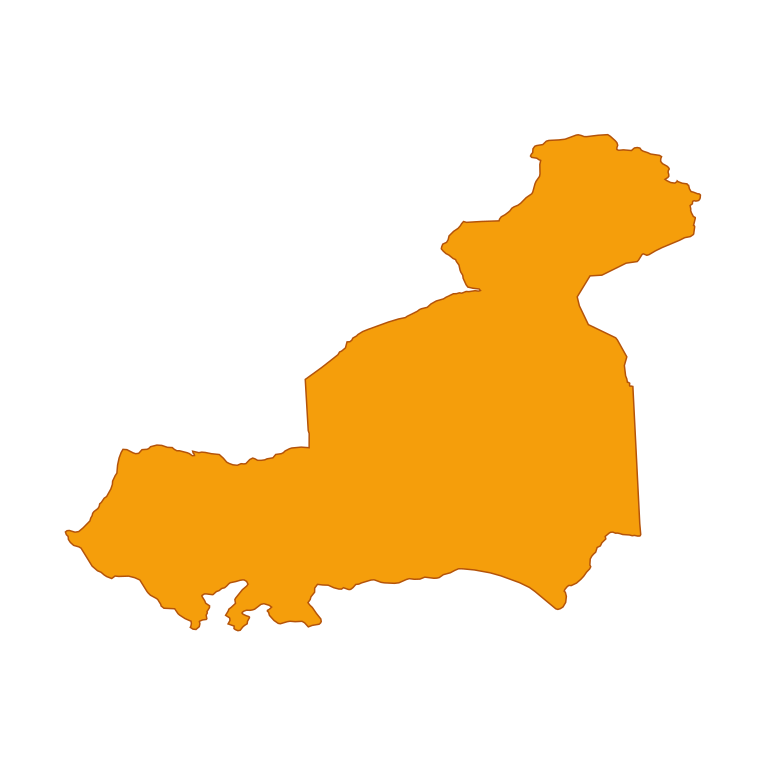 outline of Samburu West, Rift Valley, Kenya, rotated 267°
{"feature_id": "3690345B66699120795125", "entity_name": "Samburu West", "entity_type": "district", "adm_level": 2, "iso_a3": "KEN", "parent_name": "Kenya", "parent_adm1": "Rift Valley", "projection": "natural_earth1", "projection_center": [36.61, 1.09], "detail": "fine", "context": "isolated", "style": "filled", "palette": "amber", "viewbox_px": 768, "rotation_deg": 267, "n_neighbors": 0, "source": "geoboundaries", "source_scale": "gbopen_adm2", "svg_char_len": 6143}
<svg xmlns="http://www.w3.org/2000/svg" viewBox="0 0 768 768"><g transform="rotate(267 384 384)"><path d="M571.5,687.4L570.7,687.1L569.4,684.9L570.2,680.8L572.4,676.9L573.7,675.3L575.3,678.2L576.6,679.3L578.6,679.3L580.3,678.8L582.0,679.0L583.8,680.1L585.2,679.5L586.6,678.2L589.5,673.6L591.9,671.9L594.6,672.2L596.5,673.1L597.9,671.1L599.7,662.3L601.2,659.5L602.9,655.1L604.1,653.2L606.2,651.9L606.9,649.3L606.6,646.4L604.2,643.3L605.3,635.3L605.1,630.6L606.0,628.8L607.8,628.9L610.2,629.9L612.8,629.2L614.8,627.7L619.5,623.0L621.3,620.5L621.2,610.9L620.4,599.3L620.6,596.8L621.9,593.9L622.7,591.0L622.5,588.9L619.0,577.7L618.6,571.6L618.6,561.4L618.0,558.8L614.8,555.1L614.1,548.8L613.5,547.0L611.1,545.1L607.3,544.6L605.7,543.1L604.0,542.2L602.6,543.3L601.5,548.4L599.9,550.4L599.1,552.2L595.1,551.1L585.7,550.8L583.2,550.2L578.5,546.5L576.1,545.3L567.9,542.6L566.2,541.5L562.7,535.8L557.3,529.9L555.5,527.1L554.1,523.1L552.8,520.8L550.4,518.9L549.0,517.1L546.7,513.7L544.8,509.8L542.6,508.0L540.9,507.4L541.2,489.8L541.1,474.8L542.1,471.9L539.9,469.8L538.1,468.6L535.6,466.2L532.8,461.5L528.5,456.7L524.7,455.6L522.2,453.9L520.6,450.0L518.0,448.8L516.0,448.3L513.6,450.1L511.0,452.7L509.4,455.5L505.7,459.6L504.5,462.0L502.6,462.7L498.8,465.1L493.8,465.9L491.6,466.6L488.5,468.3L485.3,468.6L478.8,471.2L476.4,472.8L475.0,477.7L473.9,484.0L472.3,485.2L471.8,483.2L472.4,479.9L471.8,473.6L472.1,470.8L470.6,466.4L471.1,464.0L470.4,461.0L470.5,458.0L467.3,450.3L465.9,447.9L464.2,440.6L461.5,435.1L458.3,431.2L457.2,425.3L456.4,423.2L454.9,421.1L450.4,410.7L449.2,408.8L448.2,402.0L445.7,391.8L439.4,371.1L437.5,365.5L434.8,360.6L433.4,359.1L431.5,355.3L429.4,354.1L428.0,352.1L428.0,349.3L422.1,347.4L419.0,343.2L418.3,341.3L415.6,339.5L403.9,322.9L392.7,305.6L341.4,305.9L338.5,306.7L324.3,305.9L325.3,298.0L324.9,288.5L324.3,286.2L322.3,281.7L320.7,279.9L319.8,277.8L319.3,272.2L316.1,269.2L315.4,263.3L314.5,261.0L314.2,257.6L314.4,253.8L316.1,251.1L316.9,249.0L315.6,246.0L311.7,241.9L311.5,240.0L311.9,237.1L310.5,233.2L311.2,228.9L312.7,225.3L314.2,222.8L318.3,219.7L322.2,215.8L323.4,208.1L325.0,201.9L325.5,198.4L325.1,195.5L326.9,189.4L325.1,189.8L324.0,190.7L322.5,191.0L322.4,188.8L324.7,186.0L325.7,183.8L328.0,176.4L328.2,173.6L329.7,171.2L331.6,169.2L332.1,164.4L334.3,158.9L334.9,154.0L333.6,147.6L332.1,146.0L331.2,144.2L331.1,138.9L327.6,135.4L327.4,132.3L328.4,129.8L331.9,123.8L332.4,119.9L329.3,117.9L324.0,115.6L317.0,113.7L309.0,112.6L306.6,110.8L301.2,107.9L297.9,107.5L293.4,105.7L286.1,101.1L284.6,98.6L280.5,95.5L279.2,93.8L276.7,93.2L274.6,91.8L271.8,87.7L270.1,86.3L267.9,85.7L265.4,84.1L262.7,83.2L256.0,75.9L252.6,71.4L252.2,67.7L254.2,62.1L254.1,59.8L252.9,58.1L250.2,58.9L248.3,60.6L245.3,60.7L242.2,62.5L239.1,65.6L237.3,70.8L235.9,72.9L217.4,83.0L212.5,88.1L210.8,91.6L208.0,94.5L206.2,97.0L204.0,101.9L206.3,105.4L205.7,109.0L205.5,118.9L203.6,125.0L201.1,129.9L189.3,136.4L187.6,137.6L185.3,139.7L181.7,145.6L180.6,146.8L175.7,149.5L174.0,149.8L171.6,152.5L170.5,163.2L165.4,166.3L164.0,167.7L160.1,173.1L157.2,178.9L154.8,179.1L152.4,178.5L151.1,177.8L149.2,180.4L148.7,183.4L151.3,186.8L154.2,187.6L156.5,187.2L156.9,187.8L157.9,190.5L158.2,194.2L158.9,194.8L162.5,194.3L164.6,195.6L165.9,195.3L169.8,198.0L171.6,198.2L174.4,194.5L176.9,193.6L181.5,191.1L182.3,191.1L183.8,193.7L183.7,195.5L182.6,201.6L182.7,202.3L185.5,205.8L186.3,208.5L188.3,211.3L188.9,214.2L190.4,216.2L192.6,218.5L193.6,220.1L194.5,225.8L195.5,230.0L195.8,232.7L195.6,234.2L194.0,236.5L191.2,237.7L189.4,236.3L186.0,231.8L177.8,224.5L176.5,223.8L172.7,224.2L169.0,219.8L167.3,217.3L165.4,216.5L161.3,213.7L158.6,217.5L158.0,217.7L155.9,217.8L152.6,215.7L150.1,221.7L147.6,221.4L146.5,222.7L145.3,225.2L145.6,227.5L148.7,230.2L150.2,232.1L151.7,234.8L154.3,235.3L157.6,237.4L158.3,237.4L158.9,236.7L159.8,234.3L161.4,231.3L162.7,230.2L163.5,230.6L164.6,232.4L165.3,234.9L165.0,238.5L165.3,240.9L165.9,243.1L170.4,249.6L170.9,252.6L169.0,257.8L167.1,260.1L165.1,257.8L164.1,255.8L163.4,255.6L162.0,256.8L158.9,257.5L153.6,261.8L150.5,265.8L150.0,267.9L151.7,275.0L152.0,277.7L151.3,282.9L151.3,289.7L149.7,292.2L145.4,295.7L146.7,299.7L147.5,306.6L148.8,308.2L150.1,308.9L152.7,308.6L158.4,304.5L164.6,300.7L166.9,298.5L169.6,296.6L172.6,299.0L175.3,299.9L179.7,303.8L183.8,304.1L187.4,307.1L186.5,312.3L186.0,317.8L183.2,323.2L181.6,328.2L181.4,330.9L182.7,332.9L180.7,337.6L180.5,339.2L180.9,340.4L182.4,342.5L185.3,345.3L185.5,348.4L186.6,351.3L188.9,360.7L189.0,363.7L188.7,364.6L186.1,370.7L185.4,374.0L184.4,384.0L184.7,388.5L187.6,396.1L188.3,399.0L187.4,404.1L187.3,409.7L189.0,414.6L187.4,423.7L187.4,426.7L187.8,429.0L190.5,433.3L192.0,440.3L194.2,445.0L195.6,448.8L195.3,453.0L193.6,464.5L189.9,480.1L186.3,490.7L178.5,509.0L173.2,518.6L169.0,523.8L150.5,543.8L149.8,545.8L150.4,548.3L152.0,551.1L156.4,554.0L162.3,555.0L166.5,554.2L167.7,553.1L169.4,553.9L172.1,556.4L173.2,558.1L172.9,560.4L175.1,565.8L178.6,570.3L181.5,573.3L185.6,576.5L188.6,579.7L190.7,580.9L192.5,580.1L198.5,580.8L201.1,582.4L203.1,584.3L205.0,586.6L209.6,588.3L211.0,591.6L214.1,593.3L217.7,597.4L220.2,596.9L223.5,601.3L224.1,602.7L224.1,604.0L224.1,604.8L222.9,607.4L222.9,609.4L222.2,611.9L221.2,614.5L220.4,621.2L219.5,623.9L219.7,626.2L218.9,629.2L218.8,631.1L219.1,631.9L220.3,632.5L231.1,632.1L368.5,632.4L369.0,630.7L369.0,629.5L369.9,629.1L371.9,629.4L372.8,628.2L373.0,627.2L376.5,626.7L379.5,625.7L389.9,625.0L398.4,627.9L415.7,619.4L418.0,617.8L432.6,591.2L451.8,583.2L460.9,581.5L481.2,595.4L481.3,607.3L492.0,632.1L493.0,643.2L494.3,644.6L499.6,648.3L500.1,648.9L500.4,649.8L498.8,653.2L499.3,655.4L502.8,662.1L505.7,668.9L512.0,686.5L514.4,692.0L515.2,697.7L517.0,700.6L517.6,701.1L524.8,702.5L525.7,702.2L526.1,701.4L533.1,703.5L534.0,703.5L535.1,701.7L538.8,700.0L541.2,699.3L542.8,699.5L546.2,699.0L547.8,701.4L549.9,701.7L550.6,702.4L550.8,703.5L550.4,704.6L550.4,705.9L550.8,707.8L551.8,708.8L553.2,709.5L556.1,709.9L556.8,709.4L557.5,708.4L557.4,707.5L559.4,703.0L560.1,700.7L563.0,699.2L566.5,698.6L567.1,697.5L568.0,697.1L568.9,692.3L570.7,688.2L571.5,687.4Z" fill="#f59e0b" stroke="#b45309" stroke-width="1.5"/></g></svg>